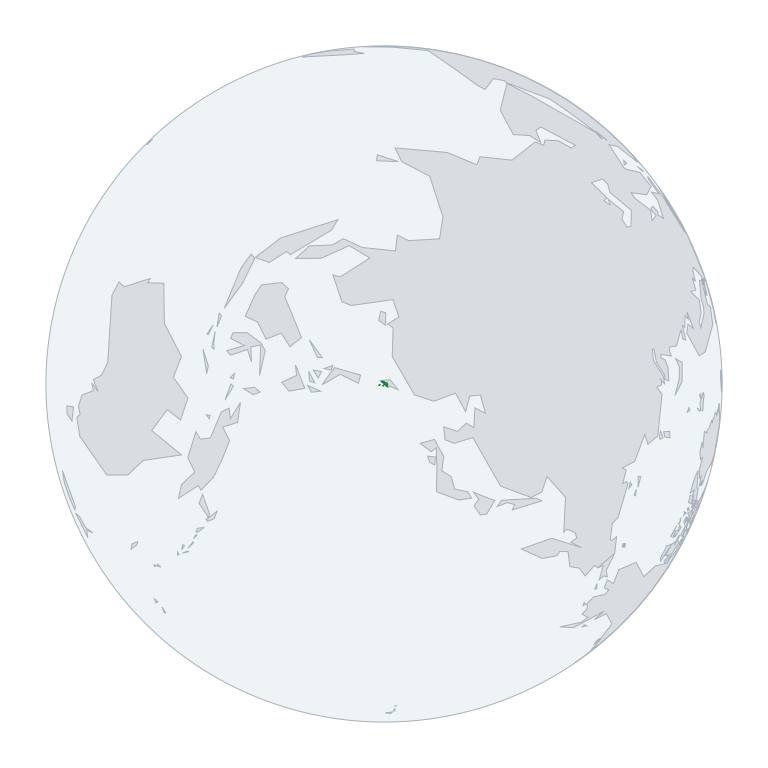 Taitung on an orthographic globe, rotated 105°
{"feature_id": "TWN-1177", "entity_name": "Taitung", "entity_type": "County", "adm_level": 1, "iso_a3": "TWN", "parent_name": "Taiwan", "parent_adm1": "", "projection": "orthographic", "projection_center": [121.163, 22.723], "detail": "coarse", "context": "on_globe", "style": "filled", "palette": "green", "viewbox_px": 768, "rotation_deg": 105, "n_neighbors": 0, "source": "natural_earth", "source_scale": "10m", "svg_char_len": 11468}
<svg xmlns="http://www.w3.org/2000/svg" viewBox="0 0 768 768"><g transform="rotate(105 384 384)"><circle cx="384" cy="384" r="338" fill="#eef3f6" stroke="#a8b0b8"/><path d="M661.9,535.2L661.5,537.1L661.2,537.6L661.9,535.2ZM603.7,127.2L589.6,116.1L590.3,116.4L583.3,111.2L581.9,111.0L582.7,112.3L556.6,101.8L548.3,109.8L557.0,119.8L546.3,112.6L570.3,137.8L573.1,151.4L563.0,131.7L556.7,126.7L555.1,133.2L548.2,129.5L543.5,131.0L535.4,126.4L530.1,116.3L524.8,113.5L524.0,118.4L515.4,117.7L517.4,110.7L502.6,109.1L491.0,94.3L502.9,83.2L489.6,74.8L483.6,64.0L477.3,62.7L471.0,59.2L461.4,56.7L463.0,56.4L453.9,54.9L454.3,55.7L450.4,55.6L444.7,54.5L445.8,53.5L448.8,53.9L446.2,53.2L449.2,53.3L444.5,52.6L446.5,52.2L436.2,51.2L430.8,49.8L434.4,50.0L444.9,51.7L461.9,55.2L487.7,62.4L512.8,71.6L537.1,82.8L560.5,95.8L582.7,110.7L603.7,127.2ZM701.4,297.7L698.6,291.0L700.8,292.7L701.4,297.7ZM696.5,288.7L697.6,290.6L696.7,289.4L696.5,288.7ZM695.6,289.0L696.3,288.8L695.8,289.8L695.6,289.0ZM694.7,290.3L695.1,289.3L695.1,289.7L694.7,290.3ZM692.2,290.2L691.5,289.9L691.6,288.2L692.2,290.2ZM584.2,113.7L582.6,111.5L586.3,113.5L588.5,115.6L584.2,113.7ZM576.0,111.6L573.3,109.0L581.4,113.5L580.5,113.6L576.0,111.6ZM564.8,128.4L564.8,124.9L567.2,129.7L564.8,128.4ZM544.3,132.0L546.5,134.4L543.1,134.2L544.3,132.0ZM527.6,127.3L521.5,126.8L526.8,125.5L527.6,127.3ZM451.2,52.8L447.1,52.1L444.5,51.5L451.2,52.8ZM517.4,125.4L502.7,125.3L506.3,130.1L487.8,117.3L506.4,121.1L512.4,118.4L512.6,122.3L517.4,125.4ZM456.8,56.6L456.2,55.5L461.9,57.6L456.8,56.6ZM461.5,58.0L484.6,66.2L482.7,67.8L475.4,64.4L477.1,68.0L464.8,64.7L461.0,62.0L464.7,61.4L457.2,60.7L461.5,58.0ZM479.9,110.8L475.6,109.6L479.1,109.0L479.9,110.8ZM449.3,55.7L454.1,56.9L452.8,58.3L442.9,56.2L446.5,56.4L449.3,55.7ZM483.6,70.9L480.9,72.0L470.1,69.4L467.6,69.6L464.3,64.8L483.6,70.9ZM443.9,55.5L437.9,55.2L433.3,53.7L444.5,54.7L443.9,55.5ZM456.7,59.7L455.6,60.4L453.0,59.2L456.7,59.7ZM413.9,49.4L419.7,50.2L419.5,50.9L413.9,49.4ZM435.9,55.2L437.5,55.8L438.1,56.3L433.3,55.9L435.9,55.2ZM457.0,63.6L453.1,62.6L457.8,65.4L449.9,64.1L449.1,61.3L446.2,62.0L443.8,61.7L445.8,59.9L457.0,63.6ZM430.1,57.2L426.4,54.1L415.6,52.1L415.5,51.3L432.9,54.7L430.1,57.2ZM439.2,58.8L433.5,57.6L436.2,56.9L441.7,57.4L439.2,58.8ZM444.9,64.5L457.1,67.1L456.9,67.7L444.9,64.5ZM426.5,56.7L427.4,57.5L425.4,56.6L426.5,56.7ZM438.6,62.0L443.0,62.8L442.6,63.4L438.6,62.0ZM425.7,58.8L424.6,57.6L428.2,57.8L425.7,58.8ZM431.2,60.4L429.6,61.1L430.3,58.5L433.2,60.5L431.2,60.4ZM437.5,62.5L438.7,63.1L435.8,62.2L437.5,62.5ZM412.4,59.4L412.4,56.2L420.5,56.3L419.5,59.3L412.4,59.4ZM105.5,192.7L98.6,203.3L104.1,196.6L94.2,219.7L94.5,228.7L113.9,207.1L113.4,191.5L124.1,177.1L133.2,179.3L135.2,194.9L139.4,190.0L147.2,171.5L156.9,167.3L150.9,164.7L146.5,171.5L142.7,170.5L146.5,164.4L149.8,162.9L151.8,156.9L135.6,167.3L129.4,175.2L129.0,167.8L118.5,180.8L115.2,183.2L131.5,162.3L136.9,156.9L159.7,132.6L153.9,137.3L132.1,161.0L134.8,157.3L126.8,165.4L135.0,156.3L160.5,130.7L161.9,129.3L196.4,102.9L196.1,103.2L202.3,99.8L199.2,103.0L214.6,95.0L215.1,96.0L205.8,100.1L197.7,105.3L191.4,115.3L194.0,115.3L204.5,109.7L201.5,113.8L212.5,107.2L215.3,111.7L221.2,101.2L233.7,96.0L242.5,95.7L247.7,92.5L233.4,93.1L226.8,95.3L219.4,99.9L202.2,106.1L201.6,104.4L223.5,92.0L225.0,88.7L241.5,81.8L270.0,82.1L275.2,86.8L256.4,104.7L247.6,105.9L250.1,99.7L235.8,110.1L242.7,106.9L240.2,110.9L251.6,108.1L250.3,110.8L263.4,104.0L263.1,107.1L254.8,111.3L271.4,111.3L274.4,117.7L278.8,116.5L282.6,113.5L283.8,124.4L286.9,123.1L287.8,118.9L294.6,113.9L307.2,109.7L306.9,113.7L302.3,115.7L292.3,126.6L280.2,132.3L281.4,133.7L291.8,129.7L304.0,116.3L311.6,112.7L307.1,118.9L309.3,116.4L313.0,115.9L316.5,119.5L322.0,112.8L363.2,106.1L373.9,113.4L365.2,119.0L393.7,121.8L403.6,132.0L404.3,127.8L418.4,127.7L415.5,124.4L416.9,122.5L451.9,123.3L459.9,127.4L475.8,125.1L476.2,123.3L471.2,119.9L487.8,117.3L506.3,130.1L504.5,133.5L517.3,140.1L511.3,147.4L512.3,157.2L498.3,162.8L500.3,170.9L505.2,172.7L511.5,185.9L507.8,208.5L489.6,182.1L490.9,151.2L488.5,162.5L482.7,157.9L478.0,161.0L476.8,169.8L480.6,172.0L446.4,179.4L431.1,202.7L447.5,203.6L455.5,212.6L452.5,244.8L412.8,284.4L423.1,300.8L422.1,310.7L409.9,315.2L410.8,300.8L400.5,294.2L402.9,285.9L383.5,289.9L386.1,278.3L369.7,288.0L373.5,298.0L389.6,298.0L374.3,312.6L387.7,331.3L386.7,351.6L355.4,383.1L327.3,389.8L325.1,395.9L315.3,387.0L300.2,397.2L316.6,435.9L315.4,446.0L291.9,461.5L291.8,453.9L265.9,430.2L259.4,453.5L278.9,477.4L285.6,501.8L269.8,491.7L263.2,469.9L254.1,460.9L257.8,440.5L252.5,407.3L236.7,409.7L239.1,397.2L229.4,367.9L207.3,370.3L171.5,393.6L164.6,424.4L153.1,434.4L144.0,382.7L148.2,351.0L139.7,350.2L134.6,318.2L111.0,300.6L112.2,291.5L106.7,291.7L103.9,278.5L107.6,264.1L103.8,261.0L95.1,299.1L99.8,302.9L110.1,295.2L106.3,307.6L109.6,323.6L89.4,342.6L61.9,343.0L66.9,318.9L86.3,244.4L90.1,238.7L90.5,238.0L91.2,236.5L85.0,244.9L91.0,231.3L72.2,279.3L65.7,298.1L61.3,344.0L59.8,346.2L60.8,357.4L73.3,362.6L71.7,370.1L61.0,398.2L50.5,427.6L56.4,463.0L63.3,489.9L63.8,492.1L57.0,469.0L51.7,445.5L48.2,421.7L46.4,397.6L46.2,373.5L47.8,349.5L51.2,325.6L56.2,302.0L62.9,278.8L71.2,256.2L81.1,234.2L92.5,213.0L105.5,192.7ZM129.4,225.9L135.8,235.8L146.7,216.6L150.1,219.1L152.5,212.1L147.5,215.2L155.5,197.1L163.3,196.8L169.6,189.9L167.7,186.3L152.2,190.0L140.5,215.4L133.2,219.5L129.4,225.9ZM218.9,89.2L219.5,88.8L240.2,78.4L238.5,79.7L235.9,80.6L232.7,82.5L227.8,84.5L205.9,97.0L200.5,100.3L202.6,98.9L218.9,89.2ZM296.0,57.9L304.9,55.7L289.7,61.0L283.1,62.6L286.7,60.6L296.6,57.6L296.0,57.9ZM420.6,48.1L425.0,48.6L424.7,48.6L420.7,48.3L420.6,48.1ZM417.1,47.7L415.2,47.5L415.5,47.7L423.4,49.2L440.4,52.4L437.7,53.2L431.3,52.9L426.8,52.2L429.9,51.8L421.7,51.3L422.8,50.2L416.6,49.7L401.0,46.7L405.2,46.9L393.6,46.2L417.1,47.7ZM372.9,46.3L367.9,46.9L375.5,46.5L375.3,46.9L369.4,47.0L378.4,47.1L376.7,47.6L383.6,49.6L397.7,50.5L400.5,51.6L394.2,51.6L401.5,52.9L391.4,53.8L393.3,54.8L385.2,57.2L371.9,57.3L374.9,58.5L368.9,61.0L357.7,61.8L363.2,59.4L346.8,62.3L347.9,59.5L345.9,60.1L342.4,58.5L334.7,57.9L336.8,56.7L332.9,57.1L330.5,56.4L325.9,56.7L327.9,54.8L322.4,55.2L326.6,54.2L316.5,55.4L324.9,53.8L322.6,53.4L315.7,55.2L336.2,49.5L372.9,46.3ZM409.8,59.9L393.6,59.6L386.3,58.2L403.4,54.7L403.2,53.6L413.9,52.4L424.3,54.7L420.3,54.7L418.8,55.4L416.1,54.4L417.2,55.7L411.6,56.0L410.9,57.3L405.9,56.7L409.8,59.9ZM132.0,158.8L130.1,161.2L128.4,163.5L123.4,169.1L132.0,158.8ZM153.4,137.0L154.5,136.0L149.9,140.3L153.4,137.0ZM205.7,100.8L205.6,101.8L203.0,103.4L199.9,104.7L205.7,100.8ZM309.2,73.3L313.6,71.3L315.2,71.6L327.2,69.1L327.4,71.5L320.2,73.9L309.2,73.3ZM110.0,208.6L105.9,210.5L107.6,206.8L108.6,206.8L110.0,208.6ZM111.9,188.3L108.3,195.9L110.6,189.8L111.9,188.3ZM311.4,75.5L316.3,74.1L313.3,76.2L311.4,75.5ZM328.1,73.2L325.8,75.5L328.8,71.5L328.1,73.2ZM207.4,670.7L214.5,675.0L211.1,673.4L207.4,670.7ZM76.3,507.5L89.4,547.9L85.4,542.0L77.8,526.4L68.2,499.8L70.5,498.5L69.7,488.5L76.3,507.5ZM371.2,564.4L381.8,566.5L381.4,567.9L371.2,564.4ZM360.2,558.6L372.1,560.1L358.3,561.5L360.2,558.6ZM376.8,560.7L388.9,559.0L394.2,557.1L393.3,559.9L376.8,560.7ZM352.2,557.9L309.3,552.2L292.7,545.9L296.4,541.4L323.4,546.7L352.2,557.9ZM295.0,541.0L269.9,521.9L237.2,471.1L248.9,474.5L283.4,508.0L281.1,512.2L296.4,526.5L295.0,541.0ZM356.9,522.2L354.5,535.5L330.7,531.6L320.0,527.9L312.5,509.3L316.7,500.9L325.4,502.4L360.4,475.7L372.4,484.5L361.4,496.4L371.2,509.5L356.9,522.2ZM165.5,427.9L170.3,448.9L164.3,449.8L165.5,427.9ZM375.5,455.2L360.7,467.5L374.5,450.5L375.5,455.2ZM384.1,438.6L384.6,445.7L379.2,438.3L384.1,438.6ZM323.9,405.6L314.6,405.9L314.8,400.8L326.8,397.6L323.9,405.6ZM385.8,368.8L384.1,383.6L381.7,388.4L378.3,379.1L385.8,368.8ZM319.8,100.0L302.8,100.1L290.7,103.2L284.0,108.9L286.1,101.5L304.8,96.7L319.8,100.0ZM357.8,104.6L363.6,100.5L366.0,102.9L365.0,104.2L357.8,104.6ZM357.8,101.6L355.7,95.7L362.1,93.9L362.5,98.9L357.8,101.6ZM332.8,83.7L327.8,83.4L330.3,81.6L332.8,83.7ZM582.1,650.4L585.5,650.1L575.8,658.0L562.7,666.9L550.8,672.3L582.1,650.4ZM487.1,684.6L486.5,678.0L500.5,675.8L494.9,682.4L487.1,684.6ZM591.3,643.4L599.9,634.9L603.1,626.8L602.2,633.3L609.1,630.3L588.4,648.5L591.3,643.4ZM434.8,656.4L368.9,669.7L354.1,666.5L357.3,660.1L342.7,637.3L347.4,638.3L343.6,622.8L382.3,611.9L409.8,586.8L432.0,589.2L448.4,569.8L471.4,571.2L464.8,586.8L489.1,596.4L504.9,561.2L520.2,596.9L538.1,607.8L543.7,628.1L513.4,664.2L495.6,672.1L491.9,669.6L484.5,673.4L472.8,672.9L465.7,663.0L458.5,666.6L465.3,658.3L454.9,665.8L448.6,659.1L434.8,656.4ZM599.9,581.0L603.4,581.1L609.0,585.6L603.4,585.9L599.9,581.0ZM652.9,545.9L654.5,547.9L650.9,550.1L652.9,545.9ZM661.2,537.6L656.9,540.6L661.9,535.2L661.2,537.6ZM618.0,556.5L619.8,558.2L618.3,559.4L618.0,556.5ZM616.6,556.1L618.7,552.0L618.4,555.7L616.6,556.1ZM599.7,540.0L601.8,537.6L602.8,539.0L599.7,540.0ZM397.3,567.8L411.9,558.4L419.9,557.9L397.3,567.8ZM596.6,536.4L591.3,536.9L591.8,534.8L596.6,536.4ZM596.9,531.6L596.3,528.9L599.7,535.0L596.9,531.6ZM586.6,526.8L593.2,530.9L585.9,527.6L586.6,526.8ZM582.8,528.1L578.0,526.5L578.4,525.5L582.8,528.1ZM530.1,537.2L547.7,552.9L533.7,553.6L518.0,544.0L506.0,554.4L478.7,553.4L484.8,547.2L481.0,537.7L453.0,533.8L447.4,527.4L457.3,523.4L438.9,517.9L459.0,515.5L467.3,528.6L478.7,518.5L498.6,520.8L518.0,524.5L533.9,533.2L530.1,537.2ZM459.3,543.8L462.8,543.9L459.7,547.7L459.3,543.8ZM569.0,520.5L575.9,525.9L575.1,527.5L571.8,527.0L569.0,520.5ZM537.5,530.8L554.4,519.0L558.4,518.8L547.2,531.7L537.5,530.8ZM550.2,512.4L558.2,513.2L562.4,518.8L560.8,520.6L550.2,512.4ZM418.3,530.7L417.6,534.2L412.4,531.1L418.3,530.7ZM425.0,528.9L440.6,533.4L423.6,531.9L425.0,528.9ZM378.2,513.2L382.7,522.2L396.8,517.8L386.0,524.8L395.8,539.5L392.6,544.5L382.9,528.7L379.7,543.9L373.5,543.1L369.9,529.5L376.1,513.7L382.4,507.4L408.0,506.4L378.2,513.2ZM424.8,518.5L420.7,508.2L423.8,501.7L428.2,507.2L424.8,518.5ZM408.8,483.2L398.3,470.7L388.4,474.5L408.7,459.4L415.4,473.9L408.8,483.2ZM400.4,456.7L391.1,460.0L400.9,451.1L400.4,456.7ZM388.9,455.9L388.2,447.5L395.3,449.2L388.9,455.9ZM405.1,457.4L407.4,443.4L410.7,452.0L405.1,457.4ZM385.9,428.7L400.8,443.6L380.9,436.1L381.5,408.9L390.1,409.0L385.9,428.7ZM442.4,323.1L441.1,315.3L449.2,314.1L447.8,319.7L442.4,323.1ZM474.4,305.5L450.9,311.3L431.9,317.0L437.2,320.9L431.9,333.6L424.5,320.9L438.7,307.5L452.9,305.7L456.1,295.1L467.2,288.6L466.4,275.2L471.6,269.9L476.7,281.7L474.4,305.5ZM465.4,269.6L468.0,246.9L482.8,251.1L485.6,257.0L478.2,265.4L470.8,262.6L465.4,269.6ZM473.0,242.9L465.9,240.3L454.8,207.1L456.1,201.4L472.4,227.4L466.6,226.6L466.7,234.4L473.0,242.9ZM476.4,111.8L475.7,109.8L478.9,111.8L476.4,111.8ZM415.0,120.7L417.5,118.5L421.3,120.4L415.0,120.7ZM426.5,113.7L420.5,113.0L426.9,112.0L426.5,113.7ZM407.1,112.0L418.2,111.9L407.4,114.5L407.1,112.0Z" fill="#d9dde1" stroke="#a8b0b8" stroke-width="1"/><path d="M385.7,379.8L385.6,380.3L385.3,380.9L385.3,381.5L385.0,381.9L384.7,382.6L384.2,383.3L384.2,383.5L384.0,383.8L383.2,384.4L382.8,385.2L382.7,385.8L382.5,386.1L382.4,386.9L382.1,386.8L381.8,386.1L382.0,385.8L381.8,385.6L381.8,384.7L382.0,384.3L382.6,383.9L382.6,383.5L382.4,383.4L382.4,383.1L382.2,382.7L382.5,382.2L382.5,381.4L382.7,381.2L382.7,380.9L383.4,380.6L383.5,380.9L384.2,381.2L384.3,381.5L384.8,381.7L384.9,381.4L385.4,380.3L385.3,380.0L385.7,379.8ZM386.2,388.0L386.3,388.2L385.9,388.1L385.8,387.8L386.2,387.8L386.2,388.0ZM385.8,384.5L385.6,384.3L385.9,384.3L385.8,384.5Z" fill="#22c55e" stroke="#15803d" stroke-width="1.5"/></g></svg>